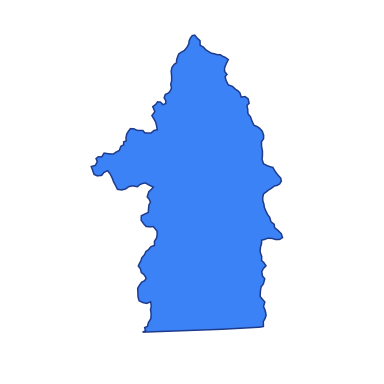 Sumidouro, Rio de Janeiro, Brazil, rotated 163°
{"feature_id": "56859067B1931202868426", "entity_name": "Sumidouro", "entity_type": "district", "adm_level": 2, "iso_a3": "BRA", "parent_name": "Brazil", "parent_adm1": "Rio de Janeiro", "projection": "robinson", "projection_center": [-42.662, -22.118], "detail": "fine", "context": "isolated", "style": "filled", "palette": "blue", "viewbox_px": 384, "rotation_deg": 163, "n_neighbors": 0, "source": "geoboundaries", "source_scale": "gbopen_adm2", "svg_char_len": 3066}
<svg xmlns="http://www.w3.org/2000/svg" viewBox="0 0 384 384"><g transform="rotate(163 192 192)"><path d="M163.0,42.5L161.7,47.2L159.0,49.8L157.2,52.4L156.8,55.3L156.7,58.3L157.1,61.6L154.5,65.5L155.8,68.3L157.4,72.1L156.0,76.0L154.9,78.7L153.5,81.2L150.6,83.3L147.8,87.7L149.2,91.3L148.5,95.5L146.3,97.8L142.8,99.8L144.0,103.6L145.5,106.2L144.2,109.8L144.4,114.7L142.8,119.0L140.7,122.1L139.5,125.6L136.6,125.4L133.2,125.7L129.0,124.2L125.9,122.1L122.1,121.0L118.8,121.9L118.8,125.9L121.2,130.5L123.4,133.6L122.9,137.2L125.2,140.4L125.1,144.9L126.2,148.0L126.9,151.9L127.3,155.9L126.8,159.7L126.8,163.2L126.0,166.0L124.1,169.3L121.2,170.3L118.3,171.5L115.0,172.3L111.4,173.7L108.7,173.4L105.8,174.1L103.4,176.3L103.1,179.4L104.8,182.9L106.5,187.5L107.5,191.9L109.9,193.3L112.6,195.4L115.3,198.0L115.5,202.6L114.0,206.2L112.7,210.4L112.1,215.7L110.8,219.8L108.0,222.0L106.9,225.3L107.0,229.6L108.7,233.2L110.7,235.6L113.3,237.8L113.9,242.8L114.1,246.8L115.6,250.6L114.5,255.0L114.2,258.6L111.4,260.2L111.1,264.7L113.3,267.7L117.2,268.4L117.2,272.8L118.5,275.4L120.3,277.4L122.4,281.1L126.0,283.9L126.8,288.7L126.6,292.7L124.2,294.2L125.6,297.8L124.5,301.3L121.9,304.5L118.6,308.0L121.0,311.2L123.0,312.8L124.8,315.0L127.8,316.0L130.1,317.6L132.9,319.1L134.9,321.2L137.2,324.0L138.8,327.3L141.3,329.9L140.1,334.4L142.2,337.9L143.5,341.2L146.0,341.5L148.6,339.6L150.4,337.6L151.8,334.6L154.4,331.9L158.1,329.5L161.7,328.8L164.3,327.9L166.3,325.4L168.0,323.0L169.0,320.2L171.8,319.2L174.7,317.1L176.6,313.6L177.6,308.8L178.9,304.4L180.9,301.1L181.2,297.4L183.8,294.5L186.3,293.4L189.0,293.1L191.1,290.2L190.4,287.1L191.3,284.3L194.2,284.0L195.8,287.1L198.6,288.3L201.0,286.4L204.6,285.1L204.0,279.7L208.0,276.8L207.0,272.7L206.3,269.2L206.6,265.1L207.0,261.7L210.3,262.0L214.0,260.4L217.5,261.5L219.9,262.4L220.9,265.1L223.9,266.1L226.5,267.0L229.2,269.5L232.4,270.6L234.8,268.9L237.4,266.6L239.3,263.2L239.9,260.2L242.7,259.9L243.6,257.1L246.7,256.5L249.3,253.0L253.3,252.3L256.2,251.3L260.3,252.8L264.7,254.9L268.0,252.0L271.4,253.1L274.0,252.0L273.7,248.7L276.6,245.7L280.9,245.8L280.7,242.2L280.5,237.4L277.8,235.1L273.5,234.3L270.6,236.4L266.6,237.1L265.0,233.2L264.3,229.2L264.0,224.4L263.2,220.6L262.5,216.3L258.6,214.5L254.7,214.3L250.9,215.6L246.8,215.2L242.6,213.0L239.9,214.3L237.0,214.6L234.0,214.3L231.7,211.9L229.4,209.7L227.5,208.0L230.2,206.4L233.2,204.9L234.8,202.6L236.3,200.3L235.1,197.8L234.7,194.4L236.9,192.3L238.5,188.7L239.8,185.2L243.2,184.8L247.4,184.1L248.9,179.9L247.4,175.4L246.0,172.5L242.6,171.0L239.2,170.3L238.0,167.6L236.9,164.8L237.7,161.7L239.1,158.7L242.4,155.7L243.5,151.9L247.4,151.7L250.6,149.5L253.4,148.6L255.9,145.8L259.3,143.7L260.9,141.2L262.9,139.3L265.0,136.9L263.8,133.7L264.0,129.8L261.9,126.7L261.0,122.8L263.4,121.0L266.5,120.5L269.4,118.3L272.1,115.8L273.3,111.1L274.3,107.4L274.4,103.5L271.6,100.8L267.9,98.7L263.7,99.1L264.3,94.8L266.1,91.5L266.7,87.4L268.4,82.9L271.8,80.0L273.9,76.5L276.9,76.2L277.0,73.0L280.2,72.4L203.2,51.9L166.6,42.9L163.0,42.5Z" fill="#3b82f6" stroke="#1e3a8a" stroke-width="1.5"/></g></svg>